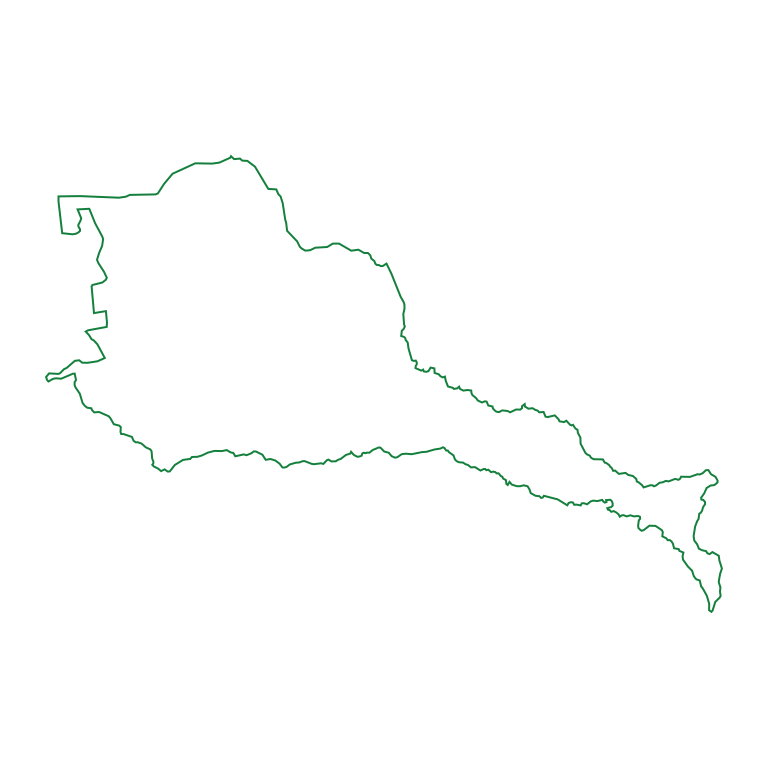 North Imenti, Eastern, Kenya
{"feature_id": "3690345B12906040129315", "entity_name": "North Imenti", "entity_type": "district", "adm_level": 2, "iso_a3": "KEN", "parent_name": "Kenya", "parent_adm1": "Eastern", "projection": "robinson", "projection_center": [37.763, 0.044], "detail": "fine", "context": "isolated", "style": "outline", "palette": "green", "viewbox_px": 768, "rotation_deg": 0, "n_neighbors": 0, "source": "geoboundaries", "source_scale": "gbopen_adm2", "svg_char_len": 6068}
<svg xmlns="http://www.w3.org/2000/svg" viewBox="0 0 768 768"><path d="M46.1,377.0L47.0,379.8L48.4,381.5L52.9,378.9L55.8,378.3L61.2,378.7L72.9,373.7L74.7,373.6L76.0,380.0L74.6,382.3L74.6,384.9L75.4,387.2L79.8,393.7L82.6,403.0L84.9,405.9L87.2,407.7L91.4,408.3L91.9,409.9L94.2,412.4L99.1,412.0L108.6,416.2L110.2,417.9L113.8,424.2L119.2,425.6L120.8,427.1L120.5,431.9L121.2,434.0L123.7,434.1L131.9,436.9L133.6,440.8L135.9,442.4L137.6,442.2L141.6,443.6L145.9,447.4L150.3,449.4L151.6,451.3L152.1,458.3L153.4,461.7L153.3,463.5L152.3,464.8L153.9,466.5L158.1,468.6L161.1,471.1L164.6,469.4L167.8,471.6L169.8,471.4L174.8,465.0L183.0,459.9L190.3,458.9L191.9,457.0L197.4,456.8L201.8,455.5L207.9,452.6L214.5,450.9L221.7,451.1L226.8,450.1L230.6,452.4L233.3,452.9L235.3,456.3L243.7,454.4L246.5,455.2L251.1,453.4L253.9,451.4L255.9,451.5L262.4,454.7L265.7,459.8L270.5,459.0L275.5,460.6L279.6,463.7L282.4,467.4L284.2,467.6L286.6,466.9L289.7,464.5L295.8,462.7L299.1,462.5L302.6,461.2L304.6,461.1L311.8,463.9L314.0,464.2L321.0,463.3L323.4,463.9L326.9,460.2L328.4,459.6L331.4,461.4L335.8,461.3L338.0,459.8L340.6,459.0L346.0,454.9L350.3,453.6L351.1,451.8L353.7,454.8L355.4,455.8L357.5,456.8L359.6,456.5L361.6,455.7L362.3,453.5L363.7,452.7L365.5,453.2L367.1,452.6L369.4,452.7L372.7,450.0L378.7,447.5L380.4,447.6L384.2,451.5L388.7,452.7L391.7,456.2L395.1,457.7L397.3,457.2L401.7,454.2L405.7,453.7L411.7,454.2L422.0,452.1L426.5,451.8L434.4,449.5L440.3,448.6L442.9,447.3L444.3,447.9L446.2,450.5L447.8,450.5L448.9,452.1L453.5,455.4L455.0,459.5L456.6,461.1L458.8,462.2L463.1,462.6L465.6,464.3L467.9,464.9L471.0,467.4L475.0,467.1L480.4,470.5L483.7,469.0L485.2,469.0L486.3,470.2L488.3,469.7L491.1,472.2L493.2,471.6L495.3,472.1L496.7,473.4L498.5,473.3L501.0,476.2L502.3,476.7L503.1,478.5L505.9,480.1L506.4,483.9L507.7,485.0L509.5,481.9L511.8,484.6L516.9,486.2L520.1,486.2L523.8,485.3L527.6,486.3L529.5,489.4L530.7,493.1L535.6,495.8L539.4,496.2L541.1,497.9L542.8,497.5L543.9,495.8L557.7,499.4L567.3,505.3L568.6,503.0L570.8,502.2L572.9,502.5L574.2,504.8L576.4,504.6L580.7,505.4L581.7,503.4L583.8,503.2L587.1,504.3L590.7,501.4L593.3,500.6L597.2,501.1L602.2,499.9L603.4,501.6L604.9,502.6L606.5,502.0L606.1,500.1L610.3,499.8L611.7,501.0L612.6,503.1L612.7,505.6L611.3,507.0L607.3,508.2L608.0,509.7L609.7,510.1L611.2,511.8L613.8,511.1L616.5,512.6L618.6,514.4L619.8,516.7L621.8,515.3L623.6,515.2L626.6,516.4L630.4,515.3L633.9,516.4L638.0,516.0L639.9,516.7L640.2,518.7L638.8,520.4L638.1,525.9L638.5,528.1L639.9,529.5L641.7,530.8L644.0,529.9L649.4,525.7L655.5,525.9L661.9,530.2L662.8,532.1L662.3,536.3L666.3,538.3L667.6,540.1L669.9,540.1L671.7,541.7L672.9,543.6L674.1,548.3L678.7,549.1L679.4,550.9L683.4,552.5L682.6,556.3L683.0,559.6L687.8,566.4L692.1,570.7L693.7,575.9L694.9,577.7L696.4,579.4L699.7,580.4L701.2,586.5L702.7,588.3L706.9,595.9L709.2,603.9L709.1,610.2L711.4,611.8L712.6,610.5L715.3,601.9L719.7,597.6L720.6,595.9L720.0,591.5L720.4,587.3L718.8,582.3L718.9,580.7L720.1,573.9L721.9,568.5L719.4,560.5L718.8,555.8L712.4,552.1L709.6,554.1L707.4,553.3L706.1,551.1L702.3,550.3L698.9,548.7L697.1,544.2L694.3,540.6L693.6,536.2L695.1,526.6L697.1,521.3L698.5,519.1L699.3,513.7L700.9,512.6L702.1,510.6L703.0,507.3L705.1,504.1L705.0,501.9L703.3,500.0L701.4,499.6L701.1,497.8L704.2,493.4L706.6,488.0L710.6,485.5L714.3,485.1L717.5,482.5L717.6,480.6L715.5,476.8L711.0,474.2L708.4,470.1L705.9,470.2L702.7,473.2L699.7,474.5L697.7,474.2L689.9,476.9L681.1,476.7L680.2,478.6L678.5,479.8L675.1,478.9L668.6,481.4L665.7,480.9L663.1,482.2L659.5,482.8L656.0,485.5L653.9,486.3L652.7,485.4L650.6,485.2L643.6,487.4L642.2,485.3L638.6,482.3L636.8,481.5L636.3,479.0L632.9,476.0L628.2,474.9L625.5,472.9L618.9,473.9L615.0,470.5L613.2,470.9L611.6,467.8L610.1,466.7L609.3,465.2L606.3,463.0L604.7,462.6L602.9,459.4L593.6,459.2L591.1,457.8L589.7,455.6L587.0,454.4L585.4,452.9L580.6,443.7L580.4,437.6L577.9,432.9L577.5,429.8L575.3,428.4L573.0,424.8L571.7,425.4L570.1,424.8L566.3,420.7L564.0,422.1L559.5,421.3L558.5,419.2L554.8,415.4L547.4,417.1L545.5,416.6L543.6,412.0L539.2,412.3L537.6,410.6L535.3,409.9L532.6,408.2L528.5,408.7L525.0,406.6L524.7,404.1L522.0,406.2L522.1,408.1L520.3,409.6L516.1,409.5L510.1,412.3L507.6,411.0L502.2,410.4L499.1,412.1L497.5,412.0L495.6,411.2L494.1,409.8L492.9,408.4L492.5,406.5L488.3,405.5L486.6,401.6L484.9,401.3L482.0,402.5L477.8,400.5L476.1,398.1L472.4,395.1L471.5,393.2L471.2,390.5L467.3,390.0L463.4,390.6L460.1,389.0L459.1,386.7L457.1,388.4L453.8,388.9L452.8,387.8L448.0,386.5L445.8,381.0L444.9,376.6L442.8,377.4L440.4,376.2L438.8,374.3L434.6,372.9L434.4,368.4L430.6,367.6L428.4,371.2L426.3,371.8L423.8,371.4L423.1,369.6L421.2,370.6L415.5,368.1L415.7,366.0L416.8,364.2L416.7,362.3L415.8,360.6L413.7,360.9L411.9,360.2L408.5,348.4L407.7,342.5L405.6,339.9L405.3,338.1L404.0,336.9L401.2,336.0L401.8,330.8L403.7,328.9L404.8,326.6L404.1,324.5L403.3,314.1L404.5,308.7L404.4,304.4L403.5,301.8L400.7,296.9L391.4,273.7L386.5,263.6L382.8,266.0L380.8,266.1L379.0,265.1L376.6,264.9L375.2,263.5L374.4,261.1L371.4,258.7L370.2,255.2L367.9,253.0L364.2,253.0L358.4,249.7L351.3,250.7L339.0,243.6L332.9,243.6L327.2,247.0L315.3,247.7L310.3,250.1L307.7,250.5L305.0,250.5L301.7,248.5L299.9,246.9L297.1,241.3L287.1,230.8L286.1,222.4L285.3,220.1L282.7,203.2L280.6,196.5L278.3,194.1L276.3,189.4L268.3,188.9L255.0,166.7L247.4,160.9L242.2,160.6L240.0,158.6L234.1,159.1L231.0,156.2L230.3,157.7L219.4,162.6L212.2,163.6L195.3,163.3L172.6,173.7L164.2,183.7L157.9,193.4L155.6,194.4L129.8,194.9L125.9,196.7L118.9,197.7L80.0,196.1L58.5,196.4L58.5,201.4L62.2,233.2L72.6,234.3L76.1,233.7L78.7,232.2L80.0,230.9L80.0,229.2L78.5,226.7L78.3,224.9L80.5,220.7L81.2,218.2L77.6,209.4L89.3,208.8L95.2,223.4L102.3,236.6L103.1,239.1L102.1,246.0L99.2,252.7L97.0,259.8L98.5,263.3L104.0,271.8L106.8,277.8L105.9,279.7L102.4,282.5L92.4,285.0L91.6,286.4L94.0,313.1L105.9,311.1L107.0,322.7L106.7,326.9L88.1,330.3L85.7,331.6L89.1,335.2L91.5,339.2L93.7,340.3L97.4,344.3L104.8,358.0L97.4,361.3L87.6,362.8L82.3,362.7L79.2,360.3L74.9,360.8L66.6,368.0L64.1,369.1L60.1,373.2L58.4,373.9L49.1,373.4L46.1,377.0Z" fill="none" stroke="#15803d" stroke-width="2"/></svg>